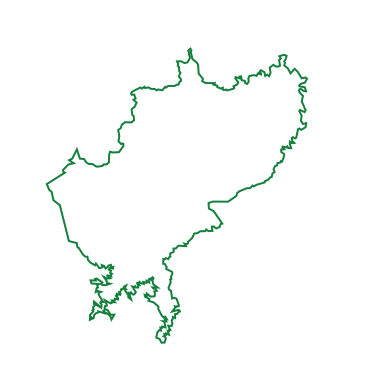 outline of São Francisco de Paula, Rio Grande do Sul, Brazil, rotated 76°
{"feature_id": "56859067B57132169155590", "entity_name": "São Francisco de Paula", "entity_type": "district", "adm_level": 2, "iso_a3": "BRA", "parent_name": "Brazil", "parent_adm1": "Rio Grande do Sul", "projection": "mercator", "projection_center": [-50.466, -29.166], "detail": "fine", "context": "isolated", "style": "outline", "palette": "green", "viewbox_px": 384, "rotation_deg": 76, "n_neighbors": 0, "source": "geoboundaries", "source_scale": "gbopen_adm2", "svg_char_len": 5982}
<svg xmlns="http://www.w3.org/2000/svg" viewBox="0 0 384 384"><g transform="rotate(76 192 192)"><path d="M331.5,255.1L327.8,252.8L325.9,253.2L325.1,254.3L324.8,253.2L323.3,253.2L324.3,251.9L322.9,251.4L324.8,248.9L320.8,249.1L321.3,247.9L320.2,247.6L320.6,246.5L316.0,247.4L317.0,244.2L315.2,242.9L311.5,242.7L311.0,241.6L308.6,240.8L310.2,238.9L306.4,238.0L306.7,235.8L305.1,234.0L305.1,232.7L303.8,232.8L303.1,234.0L303.2,240.1L300.2,236.4L298.8,236.3L299.8,234.9L299.2,234.0L299.7,232.5L298.8,232.1L291.8,232.8L290.3,234.7L290.6,237.0L282.8,236.3L280.9,238.0L279.2,237.9L274.3,234.4L271.7,234.4L271.6,233.1L269.4,233.0L266.3,230.7L264.7,230.7L260.3,235.7L258.7,234.7L255.3,235.8L254.7,237.3L250.2,236.1L250.8,234.9L249.8,233.4L251.4,231.3L249.6,229.7L249.5,228.6L246.4,228.1L245.6,224.2L242.4,223.7L242.9,221.4L240.8,218.2L243.1,211.0L240.3,211.8L241.4,210.0L240.7,208.2L239.5,208.0L236.7,203.0L232.9,199.9L233.2,196.7L232.1,193.5L233.2,188.4L231.8,187.3L234.0,185.3L234.7,181.6L230.4,181.1L230.7,179.3L233.2,177.3L232.6,173.7L230.0,171.9L230.0,170.3L215.8,175.6L212.2,179.6L206.7,178.6L206.3,174.4L210.1,159.3L206.5,149.9L204.0,148.5L202.8,145.9L201.6,138.2L202.3,134.6L200.4,131.7L201.5,130.6L200.6,127.7L200.3,119.1L199.1,118.8L198.7,115.4L196.7,112.5L196.7,111.0L193.5,109.5L192.5,107.0L189.8,107.4L187.0,105.3L186.7,102.9L184.7,102.1L184.8,99.5L183.6,98.3L184.5,97.6L183.3,96.6L178.8,93.6L177.3,93.6L174.8,95.7L172.4,95.2L172.8,92.3L171.0,93.4L169.9,93.0L171.6,89.7L170.8,88.5L172.7,87.9L173.5,85.2L169.1,85.5L166.8,84.8L168.9,83.1L169.1,80.9L166.9,82.3L163.7,82.1L163.2,81.0L165.0,78.9L164.4,77.7L156.7,73.9L156.3,72.6L158.1,70.9L156.6,66.1L152.8,64.6L152.9,67.8L149.2,69.1L144.5,67.1L139.4,68.3L138.5,67.5L141.7,63.4L140.2,62.0L130.6,63.6L125.6,61.1L121.2,63.6L119.4,63.6L118.4,62.9L118.3,61.5L121.2,59.0L121.9,56.9L117.7,57.2L115.4,62.3L114.5,62.1L113.4,60.5L113.2,56.0L109.9,53.0L108.4,54.0L108.2,58.1L101.1,60.3L97.3,62.6L100.7,67.7L95.3,69.1L91.5,71.9L89.2,70.5L87.5,70.9L85.5,68.6L82.7,67.3L81.1,69.7L81.4,74.4L84.1,73.5L85.0,75.6L90.7,76.0L91.2,78.0L90.5,80.2L88.3,82.4L90.1,86.5L95.2,86.9L98.3,89.2L96.4,90.7L97.1,92.9L93.3,92.7L90.5,95.7L92.3,97.9L93.5,96.3L94.6,96.6L92.9,99.4L94.9,101.2L93.6,103.5L93.3,108.2L95.3,109.8L98.7,110.3L100.5,112.4L99.0,114.1L96.9,113.9L95.6,116.7L91.7,116.4L91.6,118.1L93.2,118.4L91.1,121.9L92.4,122.5L96.6,120.5L98.6,122.0L99.4,126.1L101.2,125.7L101.8,126.8L102.0,133.2L100.9,134.0L100.8,136.5L99.9,137.4L98.3,136.9L98.6,139.1L96.3,142.1L94.8,141.9L93.6,144.3L92.0,143.6L92.4,145.3L91.5,145.1L89.6,152.3L86.9,155.3L84.9,154.0L78.7,156.9L70.1,155.3L67.7,156.0L63.1,159.4L55.8,159.3L54.5,158.3L52.5,158.9L54.0,161.6L56.2,160.9L57.1,161.6L61.4,161.5L65.1,164.9L65.1,168.0L62.5,171.1L61.6,174.9L64.4,174.4L66.2,175.3L67.6,174.4L71.7,175.2L73.5,174.4L76.6,176.8L79.9,175.4L81.9,176.1L82.0,177.4L84.6,179.2L84.1,180.3L84.9,183.1L83.3,189.4L84.4,192.0L83.5,192.6L86.1,196.1L84.3,200.2L84.8,201.8L83.0,203.3L82.0,206.9L80.0,208.9L79.8,212.4L78.4,212.7L79.5,215.8L78.1,216.8L80.3,226.2L81.9,227.3L83.1,226.9L83.5,224.5L87.7,224.1L88.4,226.5L91.9,224.1L95.6,227.2L96.6,229.8L98.0,230.8L102.6,231.3L104.4,230.2L108.4,230.9L109.8,234.0L108.1,240.1L109.8,243.9L112.8,245.7L114.0,248.6L120.3,249.0L125.0,251.1L128.4,249.1L128.0,247.8L128.6,247.0L130.7,247.4L135.7,253.2L134.4,259.6L133.0,261.7L135.3,263.2L143.2,265.5L144.5,268.2L143.9,271.3L145.0,272.5L144.8,275.8L144.2,278.7L140.9,281.7L139.7,285.6L137.2,287.6L133.9,288.7L132.5,292.7L122.8,293.4L130.6,300.0L131.4,303.5L135.5,299.8L135.4,305.3L139.5,311.9L141.6,311.8L142.5,310.7L149.2,331.0L155.5,330.0L157.8,328.2L166.6,328.4L172.8,323.4L209.8,323.3L213.7,316.2L218.0,316.5L218.8,315.4L226.0,313.1L228.9,311.2L229.5,309.1L232.5,309.4L235.8,307.8L239.7,303.7L238.2,302.5L243.5,300.3L243.4,297.1L241.1,297.2L242.7,295.0L245.3,294.4L244.4,291.9L243.2,291.0L243.1,288.3L244.9,288.6L245.8,287.9L245.6,286.5L247.2,287.2L245.8,290.0L247.2,291.5L248.8,289.6L250.6,291.0L252.0,289.5L252.6,290.7L254.3,290.7L252.0,295.0L255.9,292.2L255.5,295.1L253.0,298.1L257.9,296.3L259.7,296.6L261.2,293.7L261.6,298.0L260.5,301.5L259.1,302.6L258.1,300.8L252.8,305.6L252.9,307.2L254.6,306.8L253.2,311.8L256.4,311.7L258.8,304.5L259.7,306.5L261.9,306.4L262.1,307.7L265.7,309.5L265.2,307.6L266.9,304.5L267.4,307.2L269.4,307.3L277.2,304.8L276.4,307.1L277.4,307.8L279.1,306.9L282.4,308.0L279.0,311.5L279.0,310.3L274.6,313.6L276.9,314.3L278.3,313.4L280.1,316.1L282.1,315.7L282.7,317.2L284.0,316.7L286.5,320.6L288.1,321.1L289.2,320.1L289.6,321.4L291.3,322.0L290.6,318.0L287.7,316.6L286.5,314.6L286.2,312.1L285.1,311.9L288.6,306.0L287.0,306.3L289.3,303.7L292.4,301.4L296.3,301.0L292.2,297.1L291.4,300.7L286.4,302.3L285.0,304.1L285.3,305.6L281.6,303.9L281.8,302.3L280.9,301.9L275.9,302.7L280.4,297.9L280.3,296.9L279.4,296.6L280.2,293.9L278.0,295.5L278.5,293.2L276.9,292.7L278.4,289.7L277.1,289.4L274.5,290.9L272.8,289.7L274.1,289.1L273.3,288.6L274.4,286.4L273.2,286.0L272.8,286.9L271.6,287.0L272.0,286.1L269.1,284.0L269.7,282.8L267.2,280.6L266.8,278.6L268.8,280.4L270.3,279.6L270.1,280.7L271.9,280.6L276.9,278.7L278.7,279.3L281.6,277.1L274.9,277.5L275.7,276.5L274.6,275.5L277.2,274.2L277.4,272.7L275.6,270.8L269.3,272.8L270.2,271.2L269.6,270.1L271.0,269.7L271.6,267.3L267.1,267.0L267.4,265.3L266.6,264.6L267.7,264.1L269.6,261.0L267.5,261.0L269.2,258.2L267.2,257.6L269.4,255.5L266.3,255.2L265.9,253.2L267.2,253.0L265.2,250.9L266.2,250.2L268.3,251.8L272.2,251.9L276.4,248.4L275.0,253.4L276.4,252.8L276.9,251.0L279.3,250.0L279.3,252.7L282.0,252.5L284.2,253.7L283.5,257.4L279.6,260.4L281.9,260.9L280.4,262.8L282.1,262.9L285.5,259.2L286.9,260.5L289.9,255.9L295.1,252.3L297.2,253.0L304.5,251.3L306.3,250.1L306.6,248.1L309.5,247.2L308.8,249.2L311.3,248.3L310.4,251.3L311.6,250.2L317.0,250.5L315.3,253.5L316.6,253.9L315.9,255.5L319.0,255.6L318.1,257.2L319.9,259.6L324.6,261.9L326.8,259.0L330.8,258.0L331.5,255.1ZM268.4,266.9L269.6,266.4L269.8,265.4L268.8,265.7L268.4,266.9Z" fill="none" stroke="#15803d" stroke-width="2"/></g></svg>